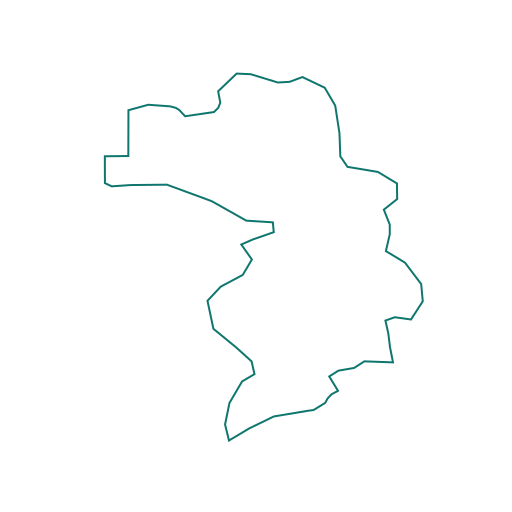 SVG path tracing the border of Tukums, rotated 196°
{"feature_id": "LVA-1092", "entity_name": "Tukums", "entity_type": "Municipality", "adm_level": 1, "iso_a3": "LVA", "parent_name": "Latvia", "parent_adm1": "", "projection": "natural_earth1", "projection_center": [23.127, 56.979], "detail": "fine", "context": "isolated", "style": "outline", "palette": "teal", "viewbox_px": 512, "rotation_deg": 196, "n_neighbors": 0, "source": "natural_earth", "source_scale": "10m", "svg_char_len": 1035}
<svg xmlns="http://www.w3.org/2000/svg" viewBox="0 0 512 512"><g transform="rotate(196 256 256)"><path d="M421.3,284.4L428.8,310.2L406.3,316.9L418.8,361.0L401.2,371.7L379.7,376.2L373.9,376.3L370.0,375.2L362.7,370.8L336.1,382.8L333.1,388.0L332.6,393.6L337.8,403.9L324.9,426.0L311.2,429.3L282.8,428.8L271.7,432.7L260.7,440.8L236.3,436.7L221.3,422.4L209.6,397.0L202.4,375.0L192.6,366.9L162.0,370.4L140.5,364.6L136.0,349.6L145.9,335.8L136.1,323.1L133.4,313.8L132.5,296.5L111.0,290.7L89.5,274.6L83.2,258.4L89.5,237.7L105.7,235.4L113.8,229.6L107.5,218.1L102.1,205.4L95.0,191.5L122.8,184.6L130.9,175.4L145.2,168.5L152.4,160.4L140.0,149.0L145.3,143.9L147.9,138.8L149.0,133.9L158.2,123.8L163.3,121.6L194.6,106.7L214.9,88.5L231.1,71.2L239.3,85.5L241.0,107.4L234.8,131.6L224.9,142.0L231.2,153.5L250.0,162.7L276.9,174.3L290.3,199.6L281.4,216.9L263.5,234.2L259.0,251.5L273.3,263.0L263.5,271.1L245.5,283.8L249.1,293.0L275.1,287.3L313.7,296.5L361.3,300.0L396.2,289.6L413.9,283.2L421.3,284.4Z" fill="none" stroke="#0f766e" stroke-width="2"/></g></svg>